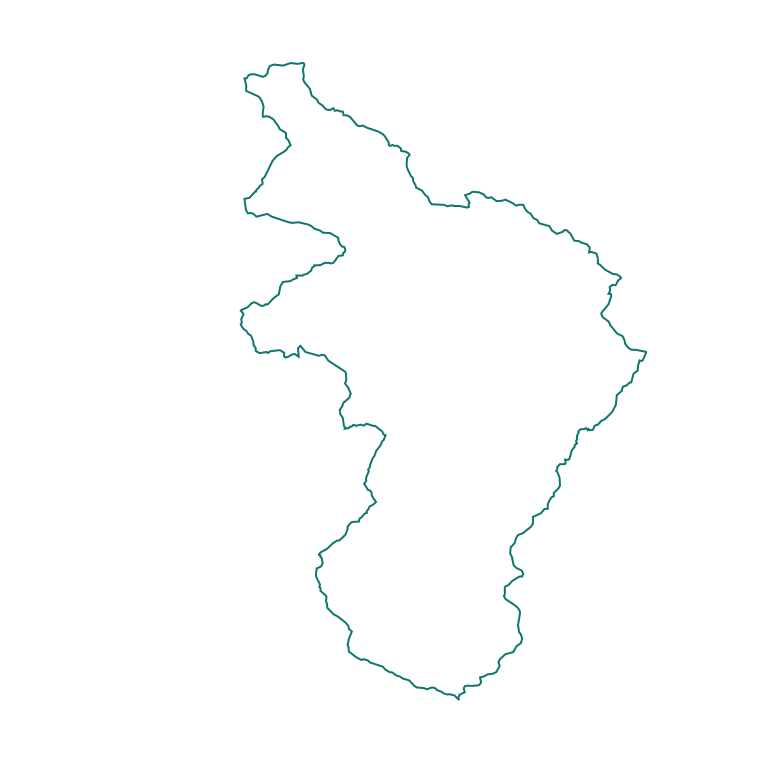 Dabeiba, Antioquia, Colombia, rotated 110°
{"feature_id": "7082276B69715084527622", "entity_name": "Dabeiba", "entity_type": "district", "adm_level": 2, "iso_a3": "COL", "parent_name": "Colombia", "parent_adm1": "Antioquia", "projection": "robinson", "projection_center": [-76.345, 6.943], "detail": "fine", "context": "isolated", "style": "outline", "palette": "teal", "viewbox_px": 768, "rotation_deg": 110, "n_neighbors": 0, "source": "geoboundaries", "source_scale": "gbopen_adm2", "svg_char_len": 6166}
<svg xmlns="http://www.w3.org/2000/svg" viewBox="0 0 768 768"><g transform="rotate(110 384 384)"><path d="M642.2,328.8L643.3,327.4L647.5,325.4L650.3,316.4L651.1,310.9L649.6,309.1L649.2,304.8L650.5,301.8L650.0,288.3L652.0,285.0L652.8,280.2L652.2,277.7L653.7,272.6L653.4,269.2L654.3,265.6L653.9,259.0L657.3,252.1L657.9,249.4L656.1,242.2L656.2,239.3L652.7,235.1L652.4,231.6L653.5,229.4L653.5,224.9L654.3,222.4L654.2,218.6L653.1,216.3L652.5,211.4L655.3,205.3L653.6,206.9L650.2,206.7L646.0,202.7L642.8,205.0L640.4,204.7L638.9,202.5L637.6,197.9L634.4,191.5L631.2,190.7L626.8,193.4L624.8,190.3L621.4,187.2L618.9,182.5L616.4,180.0L610.2,178.9L608.8,179.2L606.5,181.3L602.8,180.9L596.5,177.6L591.7,170.8L585.4,169.9L580.5,166.7L576.0,167.1L572.6,169.6L570.8,172.3L564.7,175.6L552.7,177.8L550.4,179.2L548.5,181.8L547.2,185.4L544.5,196.2L542.4,198.8L540.0,198.6L534.3,200.8L532.5,200.6L530.4,198.3L525.0,196.0L520.2,192.2L518.3,190.4L517.9,188.5L514.9,188.2L512.2,190.9L511.6,196.7L509.9,200.2L502.3,205.0L500.3,207.4L494.2,209.1L488.7,206.8L483.6,207.2L480.1,206.4L476.5,202.3L467.5,196.9L464.1,196.3L458.0,198.6L451.6,192.2L446.6,190.5L445.2,187.4L441.3,188.9L438.7,188.9L433.3,188.0L431.4,186.0L428.5,187.2L422.4,184.4L419.3,183.8L412.0,187.0L407.6,190.8L406.8,192.5L405.0,192.0L402.8,192.8L399.2,191.3L397.4,186.6L395.7,186.4L393.0,187.9L392.4,185.2L391.2,184.2L381.9,184.8L378.0,183.4L375.9,183.9L373.9,182.3L372.2,184.0L370.4,183.7L366.3,184.9L363.3,184.4L362.0,185.1L359.3,183.9L358.1,180.6L356.4,179.1L357.7,176.7L356.3,176.5L357.0,174.7L355.6,172.0L351.1,171.7L348.9,169.0L344.4,167.3L341.4,164.3L332.1,160.0L324.4,159.0L314.7,161.4L308.8,158.0L307.5,158.6L304.6,158.4L302.5,155.6L298.8,153.8L297.9,152.2L288.8,153.0L284.6,150.2L279.7,151.6L274.4,151.9L274.4,149.9L273.0,148.9L265.0,148.4L264.2,148.9L264.5,151.2L265.7,158.7L267.2,163.3L266.6,166.4L263.6,171.3L260.7,172.9L257.5,176.1L256.8,182.3L251.3,191.5L248.6,194.0L246.4,201.3L243.8,203.8L242.5,203.9L232.4,200.3L223.8,200.5L221.7,201.7L222.4,203.9L218.7,203.4L215.7,205.1L212.7,203.3L212.2,200.7L211.3,199.9L207.0,199.6L203.4,197.5L202.5,198.3L201.4,202.5L202.3,206.6L201.0,215.3L198.3,221.4L197.6,224.4L193.3,225.7L188.8,228.8L189.0,234.5L190.3,236.2L185.5,237.3L183.3,241.1L183.6,246.9L183.1,249.6L184.2,254.3L179.1,260.1L177.0,264.9L177.8,267.3L179.7,267.9L183.8,272.9L182.4,278.6L179.1,282.6L179.9,293.2L177.5,296.1L177.0,300.3L173.8,304.5L173.3,307.5L171.5,311.0L168.0,314.4L169.4,318.5L171.1,320.5L169.7,327.1L169.3,333.1L171.7,336.2L173.6,340.9L171.8,346.8L173.5,349.7L173.8,351.7L171.7,355.2L171.4,360.4L173.1,366.6L176.2,368.9L178.8,372.4L184.4,365.6L186.0,365.9L188.6,364.8L189.8,366.2L190.8,373.7L192.9,379.4L192.7,380.8L195.3,385.4L195.1,388.7L198.8,400.6L196.7,403.8L193.4,406.6L192.1,410.3L189.3,414.3L188.4,421.1L186.7,422.1L182.9,426.3L180.5,427.2L179.5,429.6L174.9,434.5L171.8,437.1L166.8,438.8L163.6,439.6L160.1,438.3L159.0,439.2L158.3,443.2L159.1,447.6L157.0,448.5L155.6,452.6L156.7,456.0L156.4,457.8L157.9,459.2L158.1,461.0L155.3,462.2L150.7,468.3L149.7,470.4L148.7,475.7L149.0,487.6L148.4,492.2L150.1,495.1L150.3,497.4L144.7,507.1L144.2,510.7L145.3,513.9L142.2,515.8L142.9,519.0L142.6,521.0L144.1,523.5L142.2,526.1L145.2,528.5L145.8,532.7L143.4,536.7L142.1,541.8L139.8,544.0L137.7,550.6L131.9,554.7L127.4,562.4L125.1,564.3L122.7,564.4L115.8,567.9L111.5,567.9L110.1,569.0L110.2,570.4L112.7,574.6L114.3,581.4L119.4,588.0L121.4,596.6L124.2,600.0L128.8,600.5L131.7,599.7L135.1,600.9L136.8,603.0L137.2,611.5L138.9,615.7L140.4,616.9L143.8,617.7L144.5,619.6L150.3,615.7L155.7,613.8L156.7,600.9L157.6,598.5L160.3,595.2L164.4,592.1L172.3,590.2L174.3,589.0L172.7,586.4L172.1,583.4L173.1,578.6L177.7,571.7L180.2,569.1L181.6,562.0L186.2,560.3L187.4,557.5L191.6,553.4L194.6,555.3L196.7,555.5L199.2,556.9L206.5,562.7L212.3,565.0L230.6,567.0L233.2,568.7L237.4,566.5L240.6,568.7L241.6,568.5L245.3,570.3L247.0,570.1L247.5,571.0L254.9,574.0L257.8,578.4L267.6,573.3L270.1,570.3L268.8,567.2L268.7,565.0L270.4,561.1L264.1,551.9L265.1,546.7L264.6,528.5L264.0,525.4L261.3,519.7L260.1,510.4L260.4,506.3L261.9,502.2L261.6,496.9L262.7,493.2L260.6,486.1L262.3,477.0L264.1,476.3L267.6,473.3L269.2,470.5L268.9,468.1L271.2,466.2L273.6,466.2L275.0,467.2L277.2,466.7L279.3,470.6L287.3,472.9L288.9,475.1L289.1,477.6L290.5,481.2L293.9,484.2L296.4,490.0L296.8,489.6L299.3,491.3L302.4,491.3L307.1,494.2L308.6,496.7L310.1,497.8L312.0,503.4L314.1,502.0L317.2,505.6L319.2,506.9L322.6,513.8L327.8,514.8L335.8,513.5L340.8,517.0L349.2,520.7L349.5,522.5L351.5,523.8L352.6,525.7L351.5,532.3L351.8,534.4L353.6,536.1L358.7,538.5L363.2,543.3L364.1,543.7L365.8,540.5L367.2,539.8L371.7,540.4L375.2,538.5L377.1,539.0L380.1,535.3L381.2,531.7L383.4,528.5L384.0,525.6L388.1,521.8L392.4,519.7L393.6,517.3L396.9,515.6L397.5,511.3L394.0,505.2L394.7,503.9L392.1,502.0L388.1,494.1L387.9,492.2L388.9,488.4L392.1,487.4L392.8,485.8L391.3,483.4L387.9,480.7L386.3,478.0L387.5,473.5L379.9,477.0L376.7,475.6L380.8,468.6L379.8,454.9L377.6,451.9L377.4,449.3L381.1,444.3L385.7,424.8L386.7,423.6L393.1,420.8L396.9,420.8L399.4,416.7L404.3,412.0L408.8,411.9L415.8,415.8L419.1,415.6L423.5,416.7L427.4,414.7L429.8,411.2L437.3,407.2L438.1,405.4L439.5,405.5L437.5,402.1L435.9,401.5L435.1,399.8L433.3,399.2L432.6,397.8L432.9,396.1L430.2,392.1L430.0,388.7L427.3,387.0L427.0,379.6L426.4,378.0L429.2,369.5L431.6,367.0L431.6,365.0L436.8,365.1L437.8,365.9L444.0,366.6L449.1,368.4L454.9,368.4L457.9,369.3L464.7,369.4L466.6,368.8L469.8,369.7L471.2,368.4L478.0,368.8L481.1,367.6L484.6,368.5L489.0,362.8L488.8,361.0L489.9,358.9L493.3,357.1L497.6,351.2L500.9,352.8L504.1,355.7L506.8,355.8L509.3,356.8L511.1,356.0L512.3,357.8L517.1,359.5L518.9,361.0L521.8,360.5L524.6,366.8L525.7,367.7L530.4,369.4L532.4,368.7L538.3,368.6L542.9,370.6L546.5,372.7L547.5,374.9L551.4,377.7L558.1,380.9L563.9,386.0L566.3,386.9L567.1,386.4L566.8,385.0L568.2,384.5L569.1,382.8L573.4,380.3L576.9,380.7L580.3,384.1L586.2,382.9L588.3,381.8L594.5,375.4L596.8,375.4L597.4,374.0L600.1,373.0L602.8,366.1L604.4,365.0L607.9,364.3L609.7,362.6L613.7,360.8L617.6,352.7L618.4,347.6L621.4,338.5L623.5,334.8L626.3,332.9L627.5,329.6L636.2,329.8L642.2,328.8Z" fill="none" stroke="#0f766e" stroke-width="2"/></g></svg>